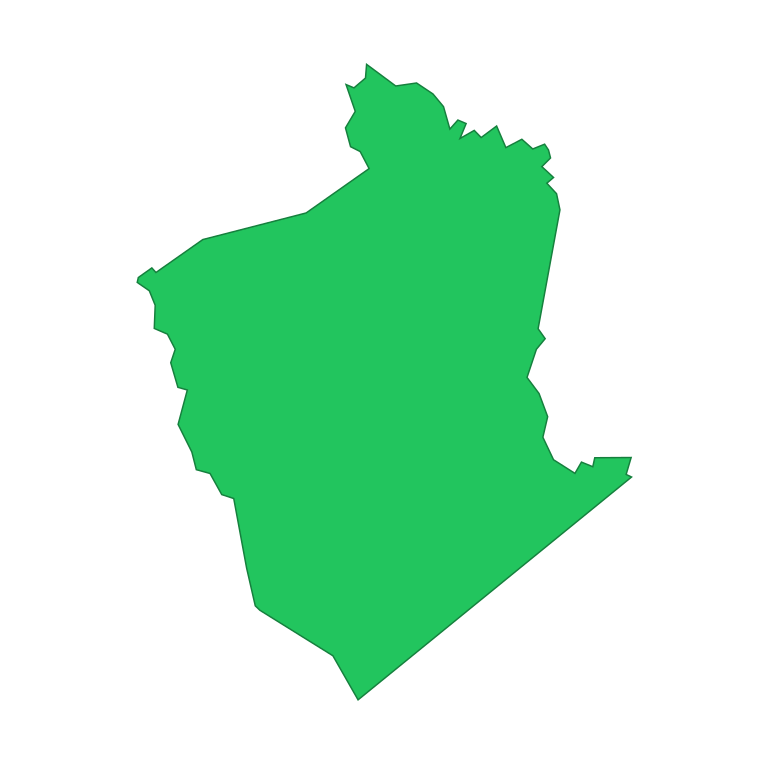 the district of Victoria, Texas, United States of America, rotated 185°
{"feature_id": "52423323B26003221317012", "entity_name": "Victoria", "entity_type": "district", "adm_level": 2, "iso_a3": "USA", "parent_name": "United States of America", "parent_adm1": "Texas", "projection": "equal_earth", "projection_center": [-96.974, 28.795], "detail": "fine", "context": "isolated", "style": "filled", "palette": "green", "viewbox_px": 768, "rotation_deg": 185, "n_neighbors": 0, "source": "geoboundaries", "source_scale": "gbopen_adm2", "svg_char_len": 1033}
<svg xmlns="http://www.w3.org/2000/svg" viewBox="0 0 768 768"><g transform="rotate(185 384 384)"><path d="M382.3,67.1L129.3,312.9L134.9,315.0L131.4,332.3L167.6,328.9L168.8,319.8L180.5,323.4L186.0,311.6L208.5,323.3L221.1,344.8L218.1,365.7L228.7,388.0L242.1,403.0L235.2,431.9L227.4,443.2L235.3,452.5L223.9,572.8L228.7,588.6L239.3,598.2L233.1,604.5L245.7,614.3L237.8,623.7L240.5,631.4L244.9,636.9L256.3,631.1L268.0,639.8L283.2,630.1L294.3,650.8L308.7,638.0L316.2,644.5L329.7,635.2L324.9,650.6L333.4,653.4L340.6,643.7L348.9,665.5L360.5,677.2L377.8,686.7L398.3,681.9L429.2,700.9L429.1,687.2L439.7,676.4L447.9,679.0L436.4,653.1L444.7,635.8L438.0,617.5L428.0,613.5L417.6,597.3L476.5,547.6L577.1,512.1L620.9,475.2L625.4,479.4L638.0,468.7L638.7,463.7L625.9,456.4L618.8,442.5L617.7,419.3L604.1,414.8L595.0,400.4L598.3,386.6L589.0,362.7L579.4,360.9L585.6,325.8L569.5,299.5L563.5,282.3L549.5,279.7L536.0,259.7L523.7,256.8L504.8,188.6L492.9,151.8L487.8,147.7L411.2,108.8L382.3,67.1Z" fill="#22c55e" stroke="#15803d" stroke-width="1.5"/></g></svg>